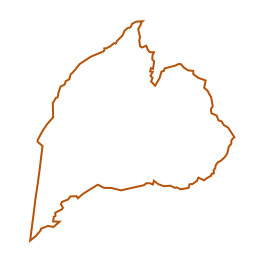 the district of Aguas Buenas, Puerto Rico, rotated 176°
{"feature_id": "32010507B96467798502033", "entity_name": "Aguas Buenas", "entity_type": "district", "adm_level": 2, "iso_a3": "PRI", "parent_name": "Puerto Rico", "parent_adm1": "", "projection": "natural_earth1", "projection_center": [-66.131, 18.251], "detail": "fine", "context": "isolated", "style": "outline", "palette": "amber", "viewbox_px": 256, "rotation_deg": 176, "n_neighbors": 0, "source": "geoboundaries", "source_scale": "gbopen_adm2", "svg_char_len": 1882}
<svg xmlns="http://www.w3.org/2000/svg" viewBox="0 0 256 256"><g transform="rotate(176 128 128)"><path d="M233.5,22.5L227.6,26.6L222.2,32.1L221.9,33.6L214.7,35.9L209.1,34.5L202.9,39.3L209.2,40.0L208.3,44.4L206.5,45.3L206.5,48.6L199.4,51.6L198.5,53.0L200.2,56.5L199.0,58.9L192.7,60.9L190.5,63.7L184.1,63.6L182.9,61.4L178.1,65.0L176.5,66.0L162.2,73.5L161.6,73.3L156.2,70.0L148.8,69.3L139.4,66.3L116.2,69.8L113.5,71.6L109.8,71.3L107.1,69.9L105.9,73.6L101.8,69.9L96.2,67.4L89.8,67.5L85.3,65.0L83.7,65.4L79.7,63.2L71.8,64.0L70.5,67.6L67.6,67.6L63.1,70.3L61.2,73.6L55.8,70.5L53.0,72.4L48.5,74.6L47.8,76.5L45.5,76.7L45.6,80.0L43.9,81.6L43.0,84.9L40.8,87.5L37.7,88.8L33.3,92.4L30.8,95.7L28.6,102.6L26.0,105.0L25.9,107.6L25.0,109.4L22.5,111.4L28.2,121.5L32.4,124.4L34.0,128.0L37.2,129.3L38.8,134.4L43.7,136.8L44.0,141.1L43.2,142.1L41.9,144.1L43.0,153.2L44.0,155.0L46.2,159.8L49.2,162.8L47.2,170.0L54.2,173.0L59.0,177.0L59.0,180.4L63.7,181.2L67.8,184.1L70.8,188.0L73.1,188.3L76.3,187.0L87.3,184.9L88.4,182.3L90.6,182.1L93.0,175.6L98.0,168.3L101.7,172.8L100.0,176.3L101.9,178.4L100.4,180.8L99.4,182.2L101.9,182.9L101.0,186.1L98.9,185.2L97.3,192.7L99.0,194.7L98.4,199.1L96.8,201.7L101.1,202.2L102.7,204.5L104.1,208.8L108.3,207.3L110.2,208.5L110.7,214.9L109.4,218.1L110.0,219.6L110.9,226.1L108.2,229.9L107.5,232.3L106.1,233.5L112.4,233.5L116.7,231.6L118.4,228.3L121.5,227.7L124.7,225.2L126.9,220.8L132.9,215.6L134.4,213.1L136.3,213.5L139.7,210.9L144.0,209.0L146.0,209.1L146.2,207.1L147.2,206.1L160.2,201.7L171.6,195.3L174.8,191.9L176.3,190.2L179.2,187.3L181.5,185.5L183.1,180.7L186.7,179.2L188.4,175.6L192.3,174.2L194.7,168.7L196.1,163.5L198.0,162.9L201.3,158.0L201.9,144.0L208.5,137.4L211.6,133.4L212.3,132.7L214.5,129.4L218.9,122.4L219.1,120.5L214.5,116.0L216.2,107.5L218.8,93.9L222.0,78.4L225.3,63.6L227.2,53.8L227.4,52.7L233.5,22.5Z" fill="none" stroke="#b45309" stroke-width="2"/></g></svg>